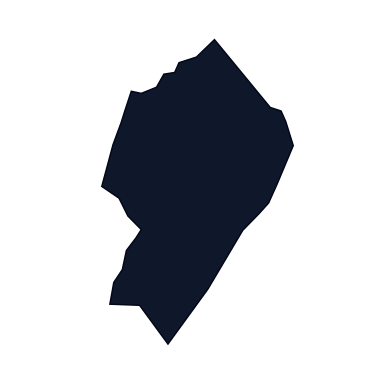 Ayawaso East Municipal, Greater Accra, Ghana (Natural Earth projection), rotated 12°
{"feature_id": "2480657B29980074443403", "entity_name": "Ayawaso East Municipal", "entity_type": "district", "adm_level": 2, "iso_a3": "GHA", "parent_name": "Ghana", "parent_adm1": "Greater Accra", "projection": "natural_earth1", "projection_center": [-0.194, 5.59], "detail": "fine", "context": "isolated", "style": "filled", "palette": "ink", "viewbox_px": 384, "rotation_deg": 12, "n_neighbors": 0, "source": "geoboundaries", "source_scale": "gbopen_adm2", "svg_char_len": 558}
<svg xmlns="http://www.w3.org/2000/svg" viewBox="0 0 384 384"><g transform="rotate(12 192 192)"><path d="M281.4,125.6L269.0,103.5L262.3,94.3L250.9,93.0L182.3,38.3L168.3,59.1L152.4,68.2L150.2,78.7L140.0,82.6L135.5,96.9L121.9,106.1L111.7,106.1L109.4,127.0L108.3,138.7L104.9,162.2L103.8,183.1L102.6,205.3L121.9,213.2L134.3,228.8L150.2,239.3L146.8,248.4L140.0,262.8L140.0,282.4L134.3,296.7L135.0,318.8L164.3,313.7L200.1,345.7L227.7,283.7L249.6,218.9L262.2,199.0L269.2,186.8L273.5,167.0L281.4,125.6Z" fill="#0f172a" stroke="#020617" stroke-width="1.5"/></g></svg>